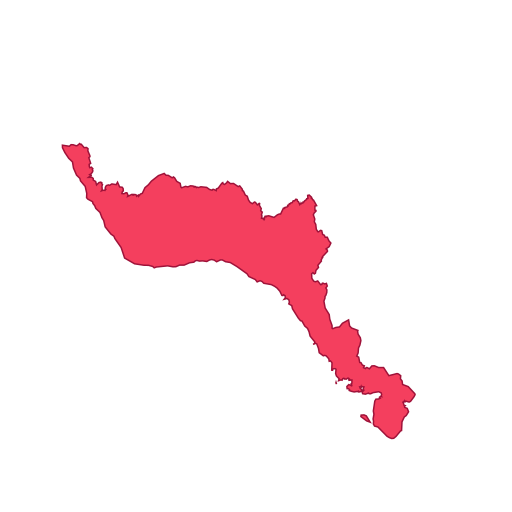 the district of Buleleng, Bali, Indonesia, rotated 217°
{"feature_id": "22746128B19337828575841", "entity_name": "Buleleng", "entity_type": "district", "adm_level": 2, "iso_a3": "IDN", "parent_name": "Indonesia", "parent_adm1": "Bali", "projection": "natural_earth1", "projection_center": [114.942, -8.222], "detail": "fine", "context": "isolated", "style": "filled", "palette": "rose", "viewbox_px": 512, "rotation_deg": 217, "n_neighbors": 0, "source": "geoboundaries", "source_scale": "gbopen_adm2", "svg_char_len": 6083}
<svg xmlns="http://www.w3.org/2000/svg" viewBox="0 0 512 512"><g transform="rotate(217 256 256)"><path d="M379.0,266.7L382.3,261.5L384.6,252.8L384.8,248.1L385.8,243.8L384.5,237.6L385.5,236.1L385.7,233.2L386.5,234.0L387.3,231.9L388.1,232.7L389.4,232.4L390.6,231.6L390.3,231.3L390.8,230.6L392.1,230.7L394.4,226.3L394.9,227.6L397.1,228.8L397.9,228.3L399.0,226.2L400.7,225.2L401.5,227.0L401.1,228.1L402.7,229.9L404.2,230.4L406.5,229.1L411.0,231.6L410.6,228.9L414.5,226.8L415.5,224.3L416.6,224.0L417.9,222.2L417.7,220.3L417.1,219.2L416.1,218.9L416.5,218.0L416.1,217.5L417.8,216.4L418.6,215.1L418.8,216.5L421.1,219.1L421.6,220.7L423.0,221.0L423.2,221.7L424.4,221.6L425.6,220.2L426.1,216.8L428.9,219.0L431.7,218.7L432.7,220.0L434.5,220.0L437.1,218.0L436.4,220.7L435.5,221.3L437.8,221.0L437.1,222.4L437.2,224.9L437.6,225.9L438.8,226.6L438.8,227.5L440.9,227.9L441.9,226.5L442.9,227.1L444.4,228.8L443.8,230.5L448.7,233.9L448.4,235.4L449.0,236.1L453.6,238.8L454.7,240.6L456.6,240.7L458.5,239.1L462.8,240.1L463.3,239.5L464.5,239.7L465.2,236.6L466.0,235.8L469.0,234.8L470.7,233.6L471.1,231.3L477.3,228.0L475.7,226.0L470.9,223.6L464.3,221.3L459.2,220.7L454.7,216.4L448.0,212.6L443.4,212.0L441.4,210.4L434.3,208.8L428.8,204.1L426.4,200.6L424.6,200.2L419.2,201.0L417.8,199.8L415.1,199.1L412.6,197.6L406.8,196.9L402.1,193.9L399.0,192.7L394.0,188.5L385.1,186.2L381.4,186.3L379.2,185.0L368.8,181.6L359.7,175.3L348.3,176.7L340.1,181.1L336.2,183.9L332.2,185.5L330.2,185.3L328.9,187.3L320.6,195.0L315.8,197.4L313.5,199.3L311.6,202.7L307.9,205.5L305.0,210.6L301.9,213.7L301.5,215.7L300.5,216.9L298.1,217.9L295.7,220.0L292.0,222.0L290.7,224.9L289.2,226.6L286.8,227.6L284.0,227.7L282.0,231.5L280.5,232.6L276.9,233.1L272.7,235.3L264.9,236.1L252.4,236.4L249.3,235.3L242.4,236.8L239.5,236.0L237.9,238.7L235.7,239.3L233.4,238.9L226.5,242.4L222.9,243.0L220.0,243.1L215.7,242.2L211.6,240.1L210.7,240.6L210.7,241.6L209.0,241.8L207.5,240.5L207.5,238.4L205.7,240.7L203.4,240.8L201.6,239.3L201.0,237.5L197.6,237.9L195.1,235.8L184.9,231.9L181.6,231.1L180.1,231.7L174.9,229.4L171.3,229.2L168.0,227.4L164.6,224.6L157.4,222.8L156.7,221.8L157.1,219.8L156.0,222.0L154.6,222.4L150.5,219.8L147.3,216.8L142.2,216.8L141.3,218.0L139.8,218.5L136.0,217.7L134.2,216.0L133.5,217.0L132.1,216.8L131.0,216.4L126.8,210.4L126.1,210.8L126.6,211.5L126.3,212.5L124.9,213.7L123.9,213.7L121.7,210.1L119.6,208.6L115.8,208.0L115.0,206.1L113.6,208.2L112.5,208.6L112.9,210.2L112.6,210.9L111.6,211.4L111.3,211.0L109.7,212.1L109.3,213.5L108.6,214.1L107.0,213.9L107.4,213.0L106.9,212.7L104.8,214.7L102.9,212.2L103.1,211.1L101.7,210.5L101.5,209.9L104.5,209.2L104.9,206.5L103.4,204.9L102.4,205.6L100.9,205.6L100.6,204.7L98.5,205.3L95.8,206.5L93.5,208.9L92.7,209.0L92.7,209.7L91.8,209.5L90.7,210.8L90.6,212.9L93.0,213.0L94.4,213.9L93.4,214.6L93.6,215.3L92.8,214.8L92.4,215.8L91.0,216.4L90.6,214.8L89.0,213.6L89.4,211.3L88.0,210.2L85.5,211.5L83.6,214.3L82.8,214.1L81.5,215.0L80.3,217.3L76.3,221.5L73.6,222.0L72.2,220.9L71.8,219.5L71.2,219.3L72.0,218.9L72.4,217.5L71.2,217.2L72.1,215.5L74.1,213.8L73.8,211.6L69.0,202.8L66.6,200.6L64.4,196.3L62.6,194.7L61.2,192.5L59.0,191.5L55.8,192.8L42.9,190.9L40.2,191.2L37.8,191.9L36.3,193.3L35.6,196.2L35.3,203.3L34.7,204.2L39.6,211.4L40.7,216.7L40.0,219.0L40.4,223.4L43.5,225.3L46.2,224.6L47.0,225.4L46.8,226.3L48.0,225.9L50.3,227.6L51.3,227.7L50.2,228.0L50.3,229.3L49.8,228.8L49.1,229.2L49.1,230.2L45.8,231.5L45.1,232.9L45.1,238.5L45.5,241.0L46.3,241.6L55.8,243.3L61.6,241.6L64.1,244.1L66.7,244.8L68.4,247.5L71.3,247.5L72.6,247.0L77.9,240.4L87.0,243.7L91.0,240.7L95.3,239.6L97.3,238.0L97.6,234.1L100.0,233.8L100.8,233.3L100.8,232.0L102.9,231.5L103.4,233.5L105.4,232.9L108.0,234.0L109.1,233.4L113.1,237.0L115.3,236.7L116.1,240.0L118.8,244.3L119.4,247.3L121.3,251.5L123.5,253.5L127.4,255.0L129.4,256.8L129.8,257.9L136.4,256.0L139.2,256.5L143.6,260.7L146.5,254.3L146.6,249.6L149.2,247.0L150.9,244.2L151.7,244.1L153.5,246.3L159.0,249.9L162.3,253.3L169.5,256.1L174.6,260.8L175.6,264.0L176.6,265.2L176.5,266.4L177.5,269.4L179.0,271.6L181.0,272.5L181.0,274.9L183.3,276.5L184.2,275.1L186.3,274.6L186.7,273.9L186.3,272.9L187.1,272.0L191.7,273.2L193.0,271.2L194.7,270.6L198.0,271.8L200.9,275.3L200.5,277.0L198.7,276.7L198.2,278.0L199.5,280.6L199.2,284.5L201.0,285.8L200.7,291.3L201.6,292.1L201.8,293.9L202.3,294.6L201.9,295.0L202.5,295.7L201.7,302.7L202.6,303.7L204.3,303.8L203.2,307.5L204.0,311.4L206.9,312.0L210.4,313.9L212.0,312.6L213.9,313.7L215.7,313.3L218.8,315.8L219.9,315.3L220.6,313.0L221.2,312.6L223.9,313.6L227.3,317.2L230.0,318.4L231.3,320.9L235.0,323.4L235.4,325.2L235.1,328.0L235.6,328.5L236.6,328.1L239.0,331.3L237.9,332.7L243.8,335.3L244.6,335.0L246.2,335.9L246.6,335.6L247.2,336.4L250.2,336.7L251.2,335.5L249.2,333.2L250.0,332.2L249.7,331.4L250.4,329.2L250.2,328.3L250.9,327.3L250.4,326.9L251.2,325.4L251.9,325.5L251.5,324.7L252.1,324.3L252.0,323.4L254.7,324.9L255.9,324.8L257.1,325.8L258.3,325.4L258.5,323.2L259.5,322.5L259.2,320.4L260.2,319.2L260.2,318.0L260.8,317.8L260.5,316.9L261.2,315.5L260.4,315.0L260.6,314.1L262.2,312.0L261.8,311.2L262.9,310.7L261.6,304.3L262.7,303.5L263.7,301.8L264.8,297.7L270.0,295.8L271.6,294.2L271.6,293.3L272.6,293.3L272.4,290.8L271.5,290.7L271.4,289.8L273.5,290.1L274.3,289.5L275.4,291.6L276.4,292.2L277.4,294.8L279.5,295.0L280.3,297.0L283.8,298.5L284.7,300.1L285.1,300.0L285.7,297.6L288.7,298.5L289.7,298.2L290.4,295.6L293.0,295.3L295.7,296.2L299.0,298.5L301.2,298.2L305.1,300.3L306.2,300.0L307.1,301.1L311.2,302.2L312.0,300.7L317.6,300.4L320.0,298.4L323.6,298.5L323.5,296.7L324.2,294.2L325.7,293.9L326.7,294.6L327.1,293.5L327.0,287.5L328.0,285.8L327.1,284.3L330.0,283.7L330.7,283.0L330.7,282.1L333.1,281.2L336.7,281.1L341.7,278.1L343.0,276.2L344.5,275.5L344.8,274.8L346.0,275.1L346.9,273.9L347.4,274.4L348.9,273.7L350.6,272.6L352.0,270.2L354.2,269.2L356.4,265.8L357.5,265.9L360.3,268.4L364.2,267.9L368.2,269.5L369.6,269.4L369.6,268.5L370.2,268.0L374.6,267.6L376.5,266.3L379.0,266.7ZM75.6,190.9L68.4,190.9L64.8,192.0L71.7,194.7L74.1,194.1L76.3,192.2L75.6,190.9ZM115.8,202.7L114.6,202.2L116.0,203.2L115.8,202.7Z" fill="#f43f5e" stroke="#9f1239" stroke-width="1.5"/></g></svg>